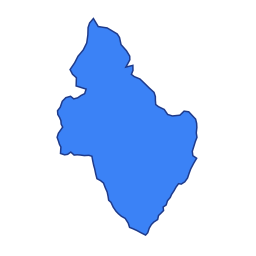 the district of Avelinópolis, Goiás, Brazil, rotated 8°
{"feature_id": "56859067B50448120203224", "entity_name": "Avelinópolis", "entity_type": "district", "adm_level": 2, "iso_a3": "BRA", "parent_name": "Brazil", "parent_adm1": "Goiás", "projection": "natural_earth1", "projection_center": [-49.768, -16.489], "detail": "fine", "context": "isolated", "style": "filled", "palette": "blue", "viewbox_px": 256, "rotation_deg": 8, "n_neighbors": 0, "source": "geoboundaries", "source_scale": "gbopen_adm2", "svg_char_len": 1601}
<svg xmlns="http://www.w3.org/2000/svg" viewBox="0 0 256 256"><g transform="rotate(8 128 128)"><path d="M64.7,162.6L69.0,163.4L71.9,162.5L74.7,159.8L78.4,162.3L81.4,161.6L84.6,161.4L88.5,161.4L93.1,160.5L96.2,161.0L97.5,165.0L99.2,169.7L100.7,173.1L102.4,177.9L104.3,182.5L108.1,183.9L111.4,185.9L113.8,190.3L116.3,194.3L117.8,198.5L118.9,202.2L121.5,204.0L124.5,208.6L127.7,212.1L130.5,214.3L133.7,216.3L137.8,217.9L141.4,222.1L143.4,226.2L146.7,227.0L151.1,228.3L155.1,229.8L160.3,231.6L162.1,229.0L163.0,224.1L164.6,220.3L166.7,217.5L170.1,214.5L170.4,210.4L172.4,207.9L174.7,204.8L173.8,201.4L176.5,198.9L177.2,194.6L179.5,190.9L180.4,187.7L182.3,183.7L183.8,179.8L185.8,176.1L188.6,176.1L191.7,173.4L193.9,169.3L194.8,164.4L195.8,159.8L197.9,153.9L200.2,148.4L196.1,146.4L194.9,142.2L195.8,136.7L196.6,131.8L197.6,127.7L196.3,123.4L196.1,117.9L195.3,113.8L193.7,109.8L185.9,103.5L181.2,103.5L177.6,108.1L170.3,109.9L165.4,109.1L161.3,104.6L155.1,102.6L152.2,100.9L151.3,96.9L150.7,93.0L148.8,89.1L143.4,85.4L137.9,81.3L133.0,77.8L126.9,76.2L123.9,74.4L124.9,70.3L124.1,65.3L117.4,68.0L118.9,64.1L120.3,60.2L119.7,56.6L115.7,51.7L109.5,46.4L107.0,39.6L104.3,36.4L93.4,31.8L84.4,31.7L78.5,24.4L75.4,29.3L74.5,34.1L75.3,41.4L75.3,49.5L72.8,57.0L68.5,63.9L66.1,70.9L62.5,78.2L65.6,82.5L69.9,85.4L70.8,93.6L81.1,95.3L80.3,100.0L77.0,102.3L74.0,105.1L70.2,106.7L66.7,104.6L62.2,106.6L59.2,110.7L58.0,116.9L55.8,120.7L56.6,124.4L58.7,127.0L60.5,130.0L61.3,133.5L63.2,136.2L59.8,142.9L59.1,147.1L60.9,150.5L62.4,153.7L64.2,156.2L64.7,162.6Z" fill="#3b82f6" stroke="#1e3a8a" stroke-width="1.5"/></g></svg>